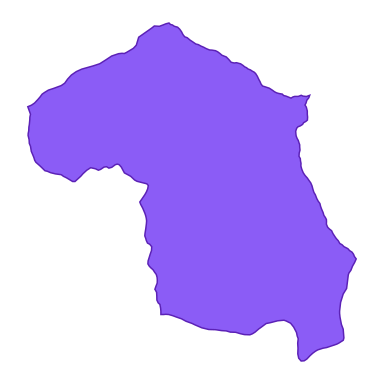 the district of Teodoro Sampaio, São Paulo, Brazil
{"feature_id": "56859067B41725338982994", "entity_name": "Teodoro Sampaio", "entity_type": "district", "adm_level": 2, "iso_a3": "BRA", "parent_name": "Brazil", "parent_adm1": "São Paulo", "projection": "mercator", "projection_center": [-52.368, -22.428], "detail": "fine", "context": "isolated", "style": "filled", "palette": "violet", "viewbox_px": 384, "rotation_deg": 0, "n_neighbors": 0, "source": "geoboundaries", "source_scale": "gbopen_adm2", "svg_char_len": 3907}
<svg xmlns="http://www.w3.org/2000/svg" viewBox="0 0 384 384"><path d="M160.9,314.5L163.8,314.5L165.7,314.3L168.7,314.5L172.8,315.7L176.0,316.9L181.5,318.8L186.1,321.3L187.8,321.9L192.2,323.5L194.6,324.7L201.8,327.8L208.8,329.5L215.6,329.7L221.5,330.6L226.2,330.9L230.3,332.1L235.7,332.3L240.4,333.7L244.4,334.6L249.9,334.8L252.4,333.8L255.1,332.1L258.8,328.9L260.4,327.8L266.2,323.5L270.3,322.7L277.6,320.8L284.0,320.2L286.2,321.0L290.6,323.2L293.7,327.1L296.5,332.5L297.2,336.0L298.2,338.7L297.7,343.2L298.0,348.2L297.8,353.9L298.7,358.2L301.1,361.0L304.2,360.8L306.9,359.0L310.0,355.7L312.5,353.4L315.3,351.3L317.7,349.9L323.0,348.2L326.8,347.5L336.9,344.1L339.0,343.0L343.3,340.2L343.9,337.9L343.2,329.2L341.4,324.4L340.0,317.1L339.6,313.4L339.6,311.1L340.6,302.4L343.2,294.0L346.6,288.5L348.3,274.8L349.0,272.9L350.9,270.3L352.5,266.2L354.6,262.5L356.2,258.9L354.4,256.5L353.6,254.4L352.1,252.2L349.6,250.6L347.9,248.7L346.0,247.7L344.0,246.7L342.0,244.7L339.8,243.5L338.3,240.8L336.3,238.6L334.9,236.6L332.9,233.5L331.6,230.7L329.4,229.0L327.7,227.3L326.4,224.2L326.5,221.5L326.4,219.5L325.3,217.4L323.9,215.4L323.1,212.6L321.5,208.9L320.6,206.4L319.9,203.5L318.2,201.2L316.8,198.6L315.3,194.7L313.9,192.4L312.9,189.2L312.0,185.8L310.7,182.8L308.8,180.2L307.4,178.1L305.0,175.4L303.2,172.7L301.7,169.0L300.9,166.0L301.0,163.3L300.5,160.9L300.3,158.6L299.0,156.3L299.2,153.1L300.0,150.1L299.7,146.9L299.7,144.8L298.9,142.5L298.3,140.5L297.2,138.6L296.2,136.1L295.9,134.1L295.7,131.2L296.7,128.2L298.1,126.7L300.3,125.9L302.6,124.4L303.6,122.7L305.9,121.4L307.4,120.1L307.6,117.1L307.3,114.3L307.3,111.0L306.3,107.1L305.0,105.0L306.0,103.1L306.8,100.3L308.8,97.8L309.7,95.3L306.4,96.5L303.0,96.1L301.2,95.3L298.3,96.4L294.8,96.4L293.0,96.9L291.0,98.1L288.3,97.0L286.0,96.1L283.6,95.5L282.3,94.1L280.5,93.8L278.5,93.4L276.5,92.8L274.4,91.7L272.4,90.2L269.3,88.2L265.1,86.8L262.5,86.0L260.9,83.8L260.2,82.0L258.7,79.2L257.3,76.2L255.6,73.5L254.1,72.1L252.2,71.1L250.4,69.9L248.1,69.0L246.5,67.7L244.6,66.8L243.1,65.5L240.6,63.8L238.3,63.2L236.5,62.7L234.2,63.0L231.2,62.3L228.7,59.4L226.2,56.9L224.1,56.1L221.9,55.2L220.2,53.7L217.7,51.8L215.5,50.7L211.9,50.1L209.7,50.0L207.9,49.3L205.8,48.4L203.6,47.2L201.0,46.1L198.3,44.6L195.8,44.0L194.1,42.8L192.5,41.7L190.2,40.2L187.2,37.7L184.7,36.8L182.9,34.5L181.5,31.7L179.7,29.2L177.6,27.2L174.4,26.3L172.3,24.9L170.5,24.5L169.0,23.0L165.9,23.8L162.9,25.0L159.4,26.3L154.3,26.0L151.8,28.0L138.7,37.2L136.3,45.2L133.4,48.3L131.1,49.7L126.4,52.5L124.3,53.5L122.0,53.3L118.5,53.7L111.7,56.0L105.8,59.9L99.8,63.7L95.6,65.1L92.8,66.0L81.8,69.1L76.3,71.6L71.4,75.0L67.7,79.0L64.7,83.2L61.2,85.6L53.6,88.4L48.4,90.1L44.5,92.5L42.1,94.2L40.2,96.8L37.8,99.6L34.5,103.1L31.4,105.2L27.8,106.7L30.5,114.2L29.9,117.1L29.8,119.6L29.3,124.8L28.9,127.0L28.7,131.0L28.2,133.4L28.1,135.5L29.1,139.7L29.3,143.4L30.5,146.3L31.3,151.4L32.8,154.9L33.9,157.6L34.7,160.3L35.9,162.3L39.9,165.8L42.4,168.2L44.9,170.7L47.4,171.3L50.6,172.7L55.5,173.9L61.3,174.7L63.4,176.3L66.3,177.7L68.5,179.0L70.3,180.1L72.6,181.5L75.0,181.5L80.8,176.2L83.0,173.7L86.8,170.2L90.7,167.7L95.5,168.8L98.4,170.2L100.6,169.4L104.0,167.1L106.5,166.7L108.9,168.1L111.8,167.3L115.3,164.7L117.3,164.1L119.2,164.7L121.3,167.1L123.0,170.3L124.4,172.9L127.8,174.7L130.7,176.3L132.3,177.8L134.6,180.0L137.0,181.3L146.8,183.8L148.3,185.5L147.7,188.8L146.4,191.9L144.9,194.6L141.9,199.0L139.8,202.0L140.7,204.4L142.7,208.1L144.9,213.3L145.8,216.1L146.3,218.4L146.6,220.9L146.4,223.7L145.8,228.5L145.0,233.5L144.8,235.9L145.7,238.3L146.3,240.5L147.5,243.1L149.8,244.3L151.7,246.7L151.5,250.5L150.1,254.5L149.0,258.1L148.1,260.9L147.9,263.9L149.3,266.2L151.0,268.0L153.0,269.7L154.5,272.0L156.3,274.5L157.1,277.4L157.3,280.1L157.2,283.1L156.0,286.1L154.9,289.3L156.6,292.3L156.8,296.1L156.9,300.1L158.2,302.9L159.9,304.4L160.6,308.1L160.9,311.3L160.9,314.5Z" fill="#8b5cf6" stroke="#5b21b6" stroke-width="1.5"/></svg>